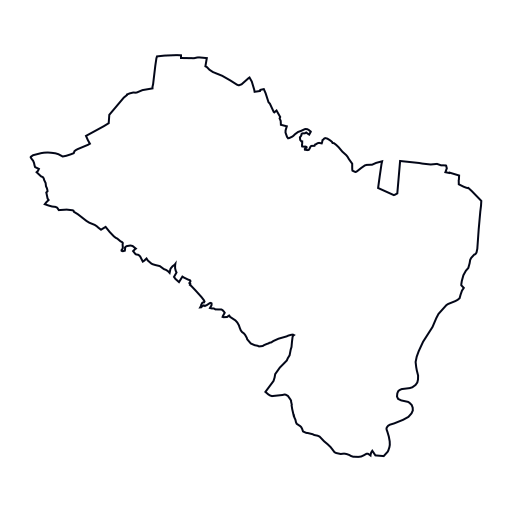 Glodeni, Mures, Romania
{"feature_id": "2599482B49122521196915", "entity_name": "Glodeni", "entity_type": "district", "adm_level": 2, "iso_a3": "ROU", "parent_name": "Romania", "parent_adm1": "Mures", "projection": "orthographic", "projection_center": [24.562, 46.667], "detail": "fine", "context": "isolated", "style": "outline", "palette": "ink", "viewbox_px": 512, "rotation_deg": 0, "n_neighbors": 0, "source": "geoboundaries", "source_scale": "gbopen_adm2", "svg_char_len": 6026}
<svg xmlns="http://www.w3.org/2000/svg" viewBox="0 0 512 512"><path d="M383.7,456.1L387.7,451.7L388.3,450.5L389.4,447.2L389.8,444.9L389.7,441.4L388.8,436.5L387.4,431.8L386.6,429.6L386.5,428.2L387.2,426.9L388.2,425.7L389.9,424.7L394.2,423.4L403.1,419.8L408.4,416.9L411.5,413.4L412.8,410.5L412.7,407.7L411.7,405.0L409.5,402.8L408.1,401.9L401.2,400.4L398.1,398.9L397.0,396.5L397.3,393.4L398.2,391.2L399.5,390.1L401.6,389.1L409.7,388.1L412.3,387.3L415.5,385.0L417.3,382.5L418.0,379.5L418.1,375.6L416.8,370.4L416.2,367.1L415.6,362.0L416.7,356.7L418.7,351.2L423.1,341.7L432.5,327.0L436.3,318.1L438.5,313.9L446.4,305.1L448.1,304.0L455.3,301.1L457.7,299.8L459.6,298.2L460.6,294.6L462.0,290.6L463.8,287.9L461.3,285.3L461.3,284.2L461.8,281.0L463.4,275.2L465.9,270.7L468.3,268.0L469.6,263.3L470.2,259.8L471.2,257.9L474.2,254.6L475.3,254.2L476.1,253.2L476.5,252.5L477.3,248.8L478.7,229.2L480.3,211.5L481.0,205.9L481.3,200.9L471.8,191.1L468.3,187.9L467.8,188.1L466.2,187.7L463.6,186.7L458.8,184.3L458.7,180.2L458.9,179.6L459.1,175.5L449.5,172.6L449.3,173.0L445.4,172.2L446.8,168.3L446.1,165.6L445.4,165.4L441.0,165.3L437.0,163.9L430.7,164.5L422.4,163.6L419.2,163.0L400.1,161.0L397.3,193.4L395.0,194.7L393.8,195.1L378.1,188.0L379.7,176.3L381.5,164.0L382.1,161.3L376.1,162.9L372.1,164.7L366.7,164.9L364.9,165.4L361.3,167.9L357.0,171.3L355.7,172.0L354.9,171.8L352.5,170.7L352.3,170.0L352.2,168.1L352.2,163.7L348.9,159.1L347.5,156.7L346.2,155.1L342.3,151.6L338.6,147.2L336.2,144.9L334.0,143.2L332.6,143.0L332.3,142.7L332.1,142.0L331.2,141.2L329.6,140.0L327.3,138.6L325.3,138.1L324.7,138.3L324.0,138.7L323.4,139.5L322.5,140.1L322.1,142.3L321.7,143.4L319.3,142.9L318.2,143.0L316.9,143.6L316.2,144.2L315.3,144.4L314.8,145.1L314.5,145.8L311.6,145.9L310.9,146.2L310.3,147.0L309.6,148.6L308.7,149.9L307.4,150.1L304.9,149.7L304.8,149.0L305.2,148.4L306.6,147.7L306.5,147.0L305.7,146.6L303.0,146.6L302.1,146.4L302.0,144.8L302.2,143.3L302.2,141.4L301.4,141.4L300.2,139.9L299.9,137.3L300.8,136.3L301.3,135.4L301.5,134.1L302.3,133.4L304.9,133.3L306.2,132.5L307.5,133.5L309.2,134.6L310.8,131.7L310.6,131.4L309.7,130.8L308.8,130.0L307.3,129.2L305.6,129.0L304.7,129.2L301.0,130.9L298.0,132.0L295.0,134.2L293.4,135.8L292.3,136.6L289.4,138.0L288.1,138.3L287.0,136.8L286.1,134.3L285.5,132.5L285.6,130.3L286.8,126.3L280.9,124.8L280.7,120.9L279.6,118.4L280.2,117.0L276.5,110.5L274.3,112.4L273.7,111.9L269.9,103.7L268.5,102.2L265.6,93.2L263.8,89.1L260.3,89.9L260.0,91.0L254.6,91.8L254.2,89.6L251.8,81.6L249.5,77.5L248.6,78.1L241.6,84.3L238.9,85.3L238.1,85.1L237.0,84.7L230.4,80.5L222.2,75.8L213.0,72.1L209.4,69.7L206.9,67.1L205.4,66.3L206.8,58.1L199.1,57.4L197.2,57.5L194.1,58.2L181.0,58.0L181.0,55.3L176.8,55.1L164.5,55.6L157.0,56.4L156.4,58.3L155.3,65.7L153.4,81.7L153.1,84.2L152.5,86.8L152.5,88.4L142.5,90.1L136.8,92.5L135.4,92.7L133.6,92.5L132.9,92.6L129.7,93.4L127.0,94.5L127.0,95.0L123.8,97.6L109.3,114.8L108.7,123.2L103.8,126.2L86.0,135.9L87.9,140.2L89.9,143.7L88.0,144.8L77.7,149.1L76.0,150.0L74.5,151.1L73.7,153.2L70.6,154.4L66.2,155.8L62.7,156.5L58.4,154.2L55.4,153.3L51.5,152.8L47.7,152.5L44.0,152.7L41.3,153.1L33.1,155.2L30.8,156.8L30.7,157.4L31.7,159.0L33.1,160.7L34.0,162.9L34.6,165.6L35.1,167.1L38.9,168.9L38.0,170.8L36.6,172.2L41.1,176.4L42.6,177.0L43.2,177.5L43.9,178.9L44.1,179.9L45.6,183.0L46.0,186.3L46.9,188.2L47.4,190.2L47.5,191.3L46.3,192.5L47.6,198.6L48.6,200.0L46.2,202.4L44.8,204.2L48.5,205.5L52.0,206.5L55.5,206.9L57.2,207.7L58.8,210.1L66.7,209.6L72.7,210.3L73.5,210.7L73.9,211.8L77.8,214.2L86.4,220.9L89.3,222.7L94.7,224.9L96.7,226.2L98.5,227.8L101.0,229.7L105.6,226.9L109.7,232.0L113.8,236.3L115.7,237.8L117.3,238.6L120.5,241.3L122.2,242.2L122.8,243.0L122.6,244.6L122.8,247.3L122.7,248.5L121.5,250.2L121.6,250.8L122.2,251.1L122.9,251.2L124.8,250.7L125.1,248.8L125.0,247.6L125.6,246.8L126.8,246.1L130.4,245.5L132.6,246.0L135.8,248.6L135.2,249.0L133.1,251.1L135.3,253.9L136.0,254.4L138.2,254.8L139.1,255.4L140.2,256.5L142.8,261.6L144.2,260.7L146.5,258.5L147.8,260.5L151.4,263.6L152.6,264.2L155.2,265.0L159.8,266.1L163.9,269.1L166.0,269.9L168.0,271.2L169.6,272.9L170.4,269.1L170.9,268.2L172.6,266.2L174.7,264.7L175.3,263.9L175.1,265.4L175.1,268.2L175.7,270.7L176.5,272.5L174.0,276.9L175.4,278.9L179.0,282.1L182.4,276.6L183.8,277.5L188.1,279.6L189.9,280.2L190.4,280.9L190.4,281.5L189.4,283.0L190.3,283.7L190.4,284.1L189.9,284.9L191.3,286.0L195.3,290.2L201.6,297.2L203.9,300.2L204.5,301.5L204.0,302.4L203.2,302.4L202.3,302.8L201.1,305.1L201.1,305.8L200.2,307.4L201.2,307.3L201.9,306.5L203.8,305.4L204.9,306.0L205.4,305.6L206.5,305.3L209.8,303.1L210.7,302.9L211.5,303.3L211.6,303.9L211.5,305.3L210.0,308.0L212.0,308.5L213.1,308.4L214.1,308.6L215.4,309.4L221.4,309.5L222.5,310.1L224.0,311.7L224.7,312.8L222.9,316.0L222.6,316.9L223.6,317.2L227.0,317.0L227.5,316.8L228.5,315.8L229.2,315.5L230.1,316.9L235.4,320.4L237.3,322.5L238.9,325.3L239.7,327.7L240.8,330.4L242.0,332.0L244.0,333.5L245.2,335.0L246.8,337.9L247.2,339.3L250.8,343.5L254.7,345.2L257.8,345.8L258.6,346.3L259.4,346.4L262.0,346.1L262.9,345.9L264.1,345.1L266.7,344.0L268.8,343.3L269.3,342.8L271.3,342.4L273.4,341.0L278.5,338.7L286.6,336.4L288.3,335.6L291.2,334.8L292.9,334.6L293.9,335.1L293.1,335.7L292.6,336.8L292.0,341.5L291.5,347.0L290.7,349.6L289.6,355.3L287.8,358.2L286.8,360.5L279.8,367.6L275.2,374.1L274.6,377.5L273.5,381.0L265.4,391.9L268.3,394.4L270.1,395.5L272.0,396.1L282.4,395.0L284.6,394.5L285.7,394.7L287.9,395.9L290.5,399.6L291.1,400.8L291.1,401.8L291.4,402.8L291.5,403.5L291.7,404.2L291.8,404.7L291.6,405.3L292.2,409.1L293.7,415.6L293.9,415.5L294.3,417.3L295.4,419.7L296.0,422.3L296.7,423.8L300.3,426.2L301.2,427.1L302.1,428.8L303.0,431.4L304.2,432.0L306.3,432.9L307.7,433.0L312.6,434.2L314.2,435.0L317.6,435.7L319.6,436.6L324.1,441.3L327.7,444.3L330.6,447.1L334.5,452.2L336.1,453.0L340.7,454.0L343.1,453.7L344.8,453.7L346.8,454.1L349.3,455.0L351.0,456.0L353.1,456.7L358.4,456.9L361.2,456.5L363.8,455.3L366.4,453.8L367.4,453.7L368.3,453.9L370.5,455.5L370.6,454.6L371.2,452.5L372.3,450.8L375.4,455.4L383.7,456.1Z" fill="none" stroke="#020617" stroke-width="2"/></svg>